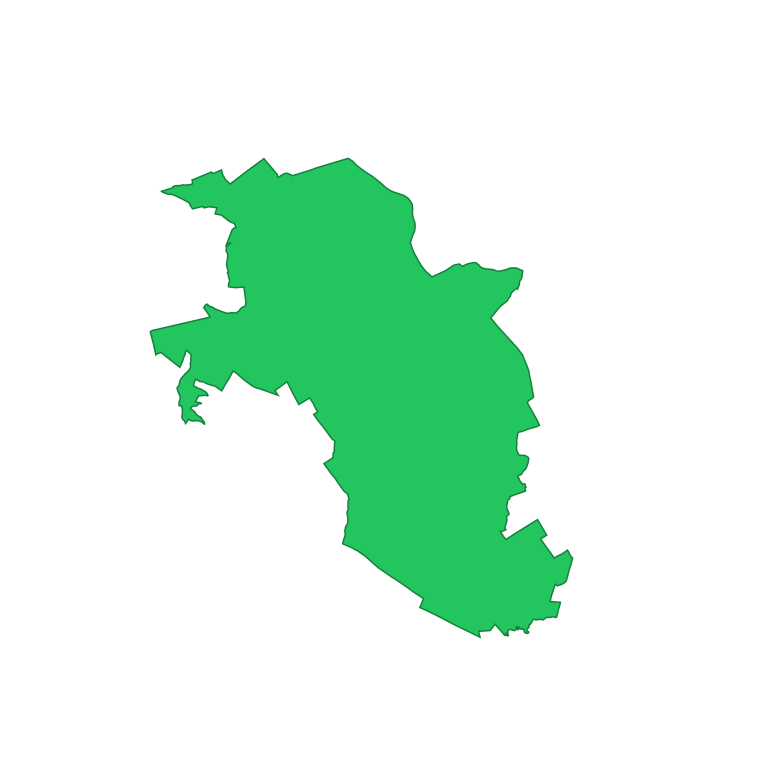 the district of Oteleni, Iasi, Romania, rotated 321°
{"feature_id": "2599482B92750391134377", "entity_name": "Oteleni", "entity_type": "district", "adm_level": 2, "iso_a3": "ROU", "parent_name": "Romania", "parent_adm1": "Iasi", "projection": "orthographic", "projection_center": [27.012, 47.088], "detail": "fine", "context": "isolated", "style": "filled", "palette": "green", "viewbox_px": 768, "rotation_deg": 321, "n_neighbors": 0, "source": "geoboundaries", "source_scale": "gbopen_adm2", "svg_char_len": 6165}
<svg xmlns="http://www.w3.org/2000/svg" viewBox="0 0 768 768"><g transform="rotate(321 384 384)"><path d="M251.4,482.3L256.4,491.8L256.7,493.2L258.5,497.1L261.0,505.9L264.0,523.5L268.6,539.2L269.4,541.1L271.9,549.1L275.4,561.5L275.7,563.3L279.7,575.7L271.1,580.2L274.5,586.7L281.3,601.6L287.2,615.4L299.3,641.2L301.4,636.6L302.1,635.9L311.5,642.5L319.1,640.6L319.7,655.5L320.5,655.7L321.7,657.6L322.4,657.7L322.7,657.4L322.7,657.0L321.8,655.6L322.0,654.6L323.4,655.6L324.3,654.8L325.2,653.4L326.3,653.5L327.7,654.3L329.9,657.5L330.5,657.9L331.7,657.9L333.2,657.0L334.4,655.9L335.0,656.0L335.1,656.3L334.8,656.7L333.4,658.0L333.2,659.0L333.5,659.3L334.5,659.2L335.3,658.4L336.1,658.3L335.8,660.2L336.3,660.7L337.4,661.2L337.2,661.6L337.5,662.1L338.5,662.8L337.2,664.6L337.0,665.6L337.1,666.4L338.1,667.8L339.0,668.2L339.8,668.3L340.4,667.9L340.4,667.4L339.8,666.0L339.8,665.5L340.5,664.7L343.6,664.2L344.2,663.9L344.8,662.5L346.7,662.8L348.0,662.5L350.3,661.3L351.8,661.1L352.7,661.5L353.8,663.1L358.5,666.0L358.6,667.0L358.8,667.3L359.6,667.6L362.2,667.4L364.4,668.4L366.2,670.0L368.7,671.0L369.7,672.5L371.0,673.8L371.7,673.6L374.9,671.3L376.6,669.7L381.9,666.2L383.7,664.6L376.1,657.6L381.1,653.8L391.1,647.4L391.6,649.9L396.1,651.6L400.2,652.1L400.8,652.0L401.6,651.3L402.4,651.3L413.8,643.0L415.3,642.4L416.7,641.0L420.6,638.5L420.9,638.1L421.0,637.1L420.6,636.4L422.1,628.6L414.7,628.0L412.9,627.4L409.5,626.7L406.6,626.6L407.1,621.6L408.1,602.9L415.3,603.9L418.0,586.0L391.8,582.7L381.0,581.6L380.9,577.2L381.7,571.8L384.2,573.2L387.0,574.0L387.3,571.9L392.3,568.5L393.7,567.2L395.6,564.5L396.5,564.1L398.9,564.0L399.7,563.1L400.2,561.9L400.8,559.1L401.5,557.5L403.2,555.5L407.0,552.3L408.3,552.1L409.6,552.4L410.7,550.8L415.7,552.3L426.7,556.3L428.2,553.4L429.4,553.6L430.6,550.1L428.4,549.1L428.8,547.4L428.5,544.9L429.5,542.5L429.6,540.3L429.8,539.8L433.7,540.6L434.7,540.5L436.9,539.4L440.1,539.3L441.9,538.7L446.8,535.6L449.5,533.2L449.9,532.0L449.6,530.7L448.9,528.9L447.7,527.4L445.1,525.2L444.3,524.2L444.3,523.6L445.3,519.5L445.7,518.4L446.2,518.0L446.7,516.9L449.1,514.8L451.6,511.4L457.3,506.2L459.0,506.5L461.4,507.7L468.6,510.1L476.8,513.6L478.9,513.9L480.6,506.4L483.5,489.0L484.7,488.2L486.3,488.0L490.0,488.4L492.1,488.3L499.1,475.5L502.0,469.9L505.2,464.0L509.9,448.7L510.1,447.1L510.0,445.3L510.2,441.6L510.1,437.4L508.5,409.8L508.6,405.1L508.4,399.9L522.8,396.9L532.3,396.9L535.7,395.6L537.2,395.4L539.8,393.6L542.2,393.1L547.2,393.1L547.5,394.3L551.6,392.0L554.4,389.3L556.4,389.0L558.0,388.1L563.1,383.3L559.7,376.9L554.5,373.0L552.2,372.5L548.8,371.0L545.4,369.4L542.9,367.5L541.3,364.5L540.2,363.1L536.8,359.9L534.4,357.2L532.6,354.0L532.7,351.3L532.2,349.8L531.9,347.7L529.6,345.7L523.8,343.0L518.9,341.8L518.1,338.1L512.8,335.5L503.3,334.7L488.5,330.9L488.3,328.0L487.3,322.7L487.4,316.2L488.2,309.8L490.0,300.6L492.0,294.2L493.6,290.7L500.2,286.3L503.3,284.9L504.5,284.0L506.9,281.7L509.4,278.3L511.2,273.2L512.4,271.1L513.9,268.7L516.4,266.0L519.1,261.9L519.6,258.2L519.7,255.6L519.0,252.4L517.6,249.1L511.9,240.2L510.5,237.3L509.2,233.3L508.5,229.5L508.0,225.8L505.3,214.1L503.8,210.2L501.0,200.0L500.4,197.2L499.8,191.1L498.2,186.1L467.4,173.5L461.4,171.5L448.3,166.3L443.8,164.4L443.6,163.4L441.8,160.0L441.0,158.9L438.8,157.7L431.7,156.8L431.8,155.5L432.9,154.4L432.5,133.3L411.8,132.3L390.3,131.8L389.5,126.3L389.6,124.8L390.2,120.2L392.4,115.4L383.4,112.8L383.3,110.7L363.1,104.7L362.9,105.5L362.1,106.6L361.1,107.8L360.6,107.9L357.0,106.0L353.7,103.5L353.1,102.6L351.3,102.1L346.5,98.5L344.2,97.8L344.1,98.4L343.5,98.7L332.4,94.2L333.0,96.4L335.2,100.0L337.9,102.6L339.4,104.6L343.5,113.0L346.7,120.5L345.8,123.5L345.4,127.4L354.9,131.9L354.9,133.8L360.0,136.4L361.5,138.2L365.1,141.8L359.8,145.5L363.9,150.4L365.8,158.9L367.0,162.3L368.8,165.0L367.5,169.2L365.4,168.4L363.1,168.6L348.8,176.8L352.8,177.3L353.4,177.9L347.8,178.3L345.4,180.8L344.9,181.4L344.7,183.6L344.0,185.1L342.0,187.3L336.9,191.9L335.9,193.5L334.2,197.8L333.4,198.9L332.2,199.0L332.4,200.2L331.3,201.5L329.1,206.4L327.7,207.6L325.8,208.6L324.4,210.7L329.0,215.5L336.1,220.5L328.3,233.4L325.4,236.1L321.7,235.1L319.2,235.4L317.1,236.1L315.3,235.7L314.4,236.2L310.0,232.4L306.3,230.3L306.0,229.4L303.7,226.0L300.1,219.5L299.0,216.3L297.3,213.7L296.7,210.5L294.1,210.3L292.7,211.2L292.0,211.1L291.3,220.5L290.8,222.5L237.6,196.6L235.2,196.3L229.9,208.1L225.0,217.8L226.2,217.6L230.6,219.4L235.8,242.6L242.7,239.0L243.8,238.1L248.5,235.5L248.5,235.0L251.6,233.3L252.6,239.6L247.8,245.2L246.4,246.0L244.6,248.9L243.4,249.6L240.8,250.6L235.9,251.0L230.0,252.0L227.4,253.1L224.1,255.9L220.7,256.8L219.7,258.8L218.6,261.8L218.2,264.1L217.3,266.0L216.4,267.2L213.2,269.2L211.1,271.8L212.8,273.7L211.7,276.3L209.8,278.9L205.8,282.7L205.4,285.5L205.7,287.9L204.9,289.8L209.9,288.4L210.4,290.0L211.7,292.0L212.7,292.9L213.5,293.2L215.9,295.0L217.5,297.0L218.6,299.3L219.1,302.2L219.4,302.2L220.4,300.4L220.4,297.5L220.8,294.8L219.2,291.0L219.1,289.0L219.4,286.7L218.9,283.9L218.0,281.6L219.8,280.7L220.5,280.9L222.8,281.6L224.4,283.1L227.4,282.9L228.6,283.4L229.5,284.2L229.8,284.1L229.8,283.6L228.2,281.4L226.6,280.1L226.1,279.3L232.3,276.5L233.9,277.7L237.7,279.9L239.4,282.2L240.0,282.2L240.6,280.0L240.2,277.2L238.6,273.0L236.9,270.4L236.1,268.1L234.8,265.5L237.4,263.4L239.9,262.0L240.6,261.7L242.6,266.4L245.1,268.7L246.3,271.9L248.3,275.2L251.2,279.1L253.6,287.2L260.5,284.4L267.3,282.2L274.9,278.9L276.1,282.9L278.0,293.4L280.5,302.9L282.5,307.0L284.1,309.0L294.6,326.1L295.2,320.5L310.1,321.2L307.1,334.8L304.9,346.4L317.4,348.0L316.8,354.5L315.2,361.3L314.8,364.0L310.2,363.4L309.7,372.0L309.7,378.8L309.0,394.1L309.9,397.5L307.2,400.1L302.3,405.7L301.3,405.5L298.3,408.7L297.3,409.1L287.2,408.1L286.9,411.5L286.8,416.5L286.6,417.3L286.5,422.7L286.7,425.8L286.0,432.1L285.5,442.4L286.3,446.1L286.8,446.8L286.0,447.5L285.5,448.5L284.7,451.1L283.0,451.9L281.6,453.3L281.0,454.0L281.0,454.3L278.7,456.6L278.0,458.1L277.6,458.6L275.2,460.0L273.4,461.7L273.2,462.5L271.0,466.3L267.9,469.5L264.0,471.0L262.0,472.9L261.0,473.4L259.4,476.4L255.8,479.0L254.4,479.6L254.0,480.3L251.7,481.7L251.4,482.3Z" fill="#22c55e" stroke="#15803d" stroke-width="1.5"/></g></svg>